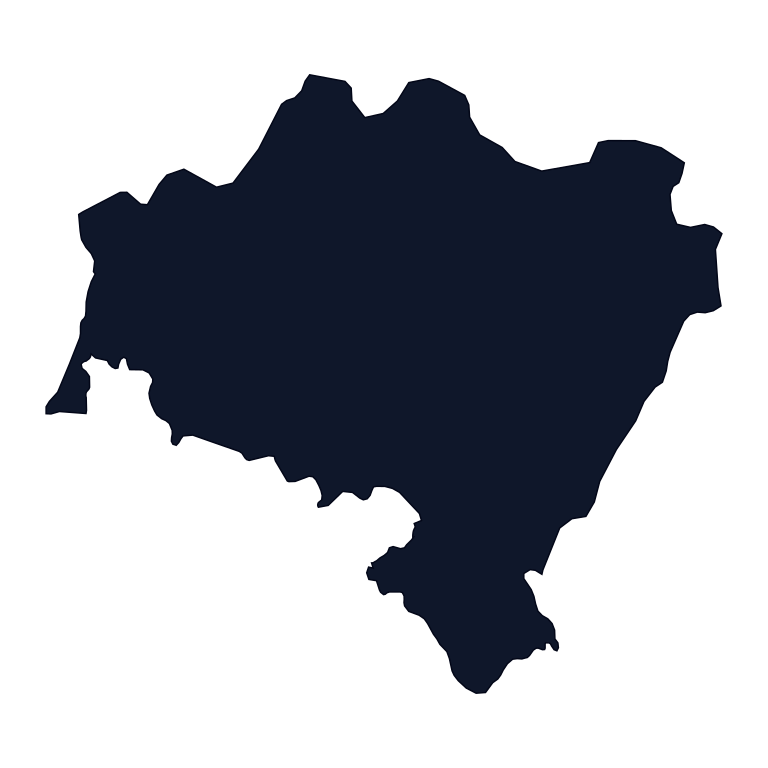 map outline of Lower Silesian (Mercator projection)
{"feature_id": "POL-3141", "entity_name": "Lower Silesian", "entity_type": "Voivodeship", "adm_level": 1, "iso_a3": "POL", "parent_name": "Poland", "parent_adm1": "", "projection": "mercator", "projection_center": [16.102, 50.931], "detail": "fine", "context": "isolated", "style": "filled", "palette": "ink", "viewbox_px": 768, "rotation_deg": 0, "n_neighbors": 0, "source": "natural_earth", "source_scale": "10m", "svg_char_len": 3575}
<svg xmlns="http://www.w3.org/2000/svg" viewBox="0 0 768 768"><path d="M115.2,368.5L112.0,366.9L109.2,364.2L107.3,360.5L95.5,357.9L91.1,353.9L90.4,356.9L89.3,358.6L86.0,361.1L84.7,361.3L83.3,362.0L82.2,362.9L81.1,364.2L82.1,368.4L85.8,371.4L89.4,376.5L89.6,387.3L88.9,389.1L86.6,391.7L86.0,393.0L85.8,395.0L85.9,396.4L86.2,397.5L86.5,410.3L86.0,413.5L59.4,411.5L51.0,413.9L46.1,413.7L46.1,406.8L49.4,401.4L57.7,392.2L69.4,364.2L79.8,337.8L80.5,333.6L80.5,326.5L80.9,322.8L82.2,320.3L84.0,318.6L85.5,316.1L86.0,311.3L86.2,302.0L88.1,291.6L91.3,281.7L95.3,273.8L94.3,272.8L93.5,271.6L94.7,260.9L91.3,253.6L86.0,247.4L81.7,239.8L81.1,237.2L80.1,230.5L80.1,230.2L78.7,214.4L83.0,211.8L120.2,192.4L126.9,192.3L140.6,204.2L147.4,204.7L159.1,184.4L166.9,175.1L183.9,169.2L216.5,187.2L233.0,183.1L258.7,149.1L281.6,104.3L286.6,100.6L294.8,97.9L301.7,90.8L305.2,81.1L309.7,74.8L345.0,81.4L351.2,88.1L351.9,101.0L364.8,117.6L383.2,113.5L397.4,101.0L408.8,82.6L429.1,78.6L438.5,81.2L464.7,95.4L468.8,104.9L469.6,117.1L479.7,134.9L502.2,147.5L514.9,161.5L541.7,171.1L589.7,162.6L598.5,142.6L608.2,140.6L635.5,140.7L661.2,147.8L684.3,162.8L682.0,173.5L678.8,182.7L673.1,186.4L670.0,194.4L671.3,210.5L676.7,224.2L690.5,227.4L704.7,224.5L713.5,227.0L721.9,233.7L715.4,249.4L718.0,287.5L721.0,305.9L713.3,310.7L705.2,312.7L697.3,312.1L689.7,314.6L683.7,321.2L670.1,352.3L667.7,361.4L666.2,370.9L662.4,382.2L655.1,387.1L644.0,401.4L635.7,420.8L616.4,449.5L599.7,481.4L594.3,502.0L585.9,516.4L571.9,518.7L559.7,528.0L542.9,569.9L541.9,574.3L535.4,570.3L530.1,569.6L523.8,573.5L523.8,578.6L531.2,589.6L533.9,596.3L535.6,604.0L537.9,611.1L542.2,615.6L547.9,618.9L552.1,623.6L554.6,630.1L554.9,638.9L557.9,642.9L558.4,647.7L556.9,650.8L554.1,649.7L551.6,646.0L550.5,643.8L549.1,642.9L545.7,642.8L545.1,643.8L545.1,648.2L544.6,649.5L542.5,649.7L538.2,648.1L536.1,648.2L533.3,650.1L529.5,655.5L527.3,657.5L524.7,658.1L521.9,658.9L517.2,658.6L512.6,659.2L507.4,663.7L503.2,670.0L500.7,675.0L497.8,679.0L492.7,682.7L485.5,692.5L476.1,693.2L466.3,688.1L458.3,680.7L454.2,675.4L452.1,670.9L449.4,658.5L446.9,651.6L439.9,644.3L436.9,638.9L433.5,634.3L427.6,623.5L424.3,618.8L419.1,615.2L408.8,611.4L404.6,605.9L404.0,602.7L404.2,599.4L404.1,596.0L402.4,592.6L400.2,591.9L389.6,591.9L386.9,592.8L385.3,594.2L383.6,594.6L380.6,592.2L379.5,590.1L376.5,580.7L368.9,579.4L366.7,572.8L368.6,567.1L373.2,568.1L372.8,567.0L371.6,562.9L373.1,562.8L375.2,561.5L376.5,560.9L380.0,557.9L384.1,555.5L387.6,552.5L389.4,547.8L393.1,546.6L400.5,548.7L404.5,547.8L406.7,544.7L411.5,540.0L413.5,537.2L412.8,537.4L412.8,535.2L413.1,532.4L413.5,530.6L414.5,528.4L415.1,527.4L415.1,526.2L414.2,523.5L421.5,520.5L419.4,513.5L399.6,492.4L392.5,488.4L384.9,486.4L376.5,486.3L373.5,486.9L371.8,490.6L370.1,495.3L367.2,498.8L363.3,499.8L359.8,498.1L352.5,492.4L342.7,491.4L328.2,505.4L318.4,507.2L317.9,506.2L317.7,505.0L317.9,503.8L318.4,502.6L321.7,499.9L322.2,495.5L321.0,490.5L318.9,485.5L315.9,479.8L312.8,476.7L309.0,476.2L295.2,481.4L288.8,481.6L287.3,481.0L275.5,461.0L274.8,458.8L274.3,456.3L268.5,455.7L249.2,460.4L246.7,459.6L245.0,457.9L242.0,453.2L239.3,451.4L211.5,441.7L192.8,435.1L183.1,435.9L181.0,438.6L178.8,442.5L176.2,445.3L175.8,445.1L172.9,444.2L171.4,441.2L171.6,437.7L172.3,434.0L172.2,430.4L169.4,423.5L165.9,420.6L161.7,418.7L157.0,415.0L154.6,411.0L151.8,404.9L149.7,398.4L149.0,393.2L150.6,386.4L152.6,382.5L152.8,379.0L149.1,372.9L142.9,369.8L129.7,369.6L127.5,364.2L126.4,358.6L123.7,357.2L120.7,359.3L118.6,364.2L117.9,368.0L115.2,368.5Z" fill="#0f172a" stroke="#020617" stroke-width="1.5"/></svg>